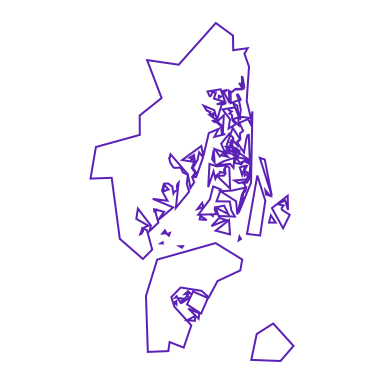 outline of Guayaquil, Guayas, Ecuador
{"feature_id": "8360857B75288721097085", "entity_name": "Guayaquil", "entity_type": "district", "adm_level": 2, "iso_a3": "ECU", "parent_name": "Ecuador", "parent_adm1": "Guayas", "projection": "natural_earth1", "projection_center": [-80.067, -2.513], "detail": "fine", "context": "isolated", "style": "outline", "palette": "violet", "viewbox_px": 384, "rotation_deg": 0, "n_neighbors": 0, "source": "geoboundaries", "source_scale": "gbopen_adm2", "svg_char_len": 6132}
<svg xmlns="http://www.w3.org/2000/svg" viewBox="0 0 384 384"><path d="M215.8,23.0L178.7,64.7L147.1,60.1L161.6,98.0L139.7,115.5L139.8,134.9L95.9,147.0L90.5,178.6L111.7,177.8L119.8,238.8L142.9,259.0L152.2,249.6L146.9,230.1L142.7,228.5L143.1,229.4L143.0,231.2L141.4,233.8L140.2,234.3L142.5,228.3L148.4,225.7L136.3,218.9L137.9,208.6L150.9,225.5L149.4,231.2L158.4,222.6L155.6,212.9L156.0,210.5L154.9,211.6L154.3,211.6L154.1,209.2L164.0,211.8L158.1,220.2L173.2,207.4L152.7,198.8L167.5,200.8L162.0,190.7L163.9,183.8L168.0,183.4L172.3,186.5L173.4,193.6L174.3,192.0L177.6,189.5L176.9,187.2L177.0,185.8L177.4,184.1L178.6,182.6L175.9,207.9L189.1,191.7L186.8,183.6L187.9,174.7L183.0,172.5L180.6,167.6L174.5,167.9L173.1,167.1L170.6,163.1L169.8,161.1L169.7,159.6L169.1,158.4L169.2,157.8L170.0,157.1L170.0,155.9L170.5,154.2L187.8,174.2L190.5,187.9L194.2,182.2L192.1,177.0L195.3,172.7L191.8,168.0L194.2,162.0L182.2,160.0L201.3,146.0L203.4,156.0L208.8,133.1L218.7,128.8L214.3,136.9L225.3,134.1L221.8,134.0L221.1,126.1L216.2,121.9L215.1,122.2L213.5,121.5L213.0,120.9L216.9,120.6L210.1,115.3L213.4,115.7L213.3,115.0L214.0,113.9L213.9,113.3L213.3,113.2L213.0,114.3L212.3,114.5L209.7,113.1L209.6,112.8L210.1,112.0L209.1,111.8L207.8,111.0L208.1,110.0L207.7,110.5L206.7,110.6L203.6,105.7L214.3,110.2L217.1,119.9L221.5,104.9L226.3,103.2L216.7,104.3L224.2,101.8L213.9,98.6L215.9,92.5L212.1,92.4L211.2,95.5L210.2,96.2L209.7,96.3L207.5,91.5L220.6,89.3L225.0,101.5L221.7,91.1L227.2,89.9L223.8,92.2L229.7,103.0L228.8,90.6L231.5,92.3L235.6,88.9L242.7,88.8L239.1,83.0L242.0,85.5L241.9,77.0L242.6,77.2L244.3,87.5L242.4,89.3L235.2,89.5L230.6,93.0L230.8,103.1L239.1,100.0L237.0,95.3L237.1,94.7L237.4,94.4L238.1,94.6L240.7,99.5L239.1,101.2L240.8,109.6L239.8,116.7L250.9,118.1L246.7,100.9L249.0,66.6L244.4,53.7L247.7,48.2L233.2,50.2L233.0,35.6L215.8,23.0ZM215.6,243.1L157.2,259.6L146.0,295.9L147.8,351.9L168.3,351.1L169.6,342.1L183.7,347.6L191.3,325.4L174.4,306.7L171.3,297.2L180.7,287.5L201.5,290.8L208.8,297.4L217.6,281.0L240.3,270.4L242.2,259.5L215.6,243.1ZM256.7,334.0L251.3,359.9L280.5,361.0L293.5,345.9L273.2,323.5L256.7,334.0ZM251.0,182.8L252.4,111.4L250.7,124.2L248.1,119.1L239.3,122.8L243.2,130.8L240.0,133.3L240.3,139.5L237.2,142.5L244.0,152.5L246.3,139.1L247.5,135.2L248.8,134.9L249.8,161.8L243.7,160.9L250.4,164.2L249.0,179.2L247.0,182.6L242.6,182.9L244.5,184.2L246.0,187.6L246.0,188.5L244.9,191.7L243.0,193.3L242.5,201.7L238.6,213.0L251.0,182.8ZM260.1,235.5L265.3,200.7L257.3,175.5L247.0,233.9L260.1,235.5ZM220.9,189.5L213.2,186.4L209.9,199.3L198.3,214.7L216.4,214.2L214.7,209.5L215.2,207.5L224.1,205.6L228.3,214.1L215.6,207.6L218.7,216.0L234.9,216.6L231.3,210.4L229.8,201.5L216.5,201.3L220.9,189.5ZM287.7,195.7L271.9,208.1L283.1,228.3L289.7,214.8L281.9,209.7L281.6,208.2L283.6,205.5L277.5,204.1L285.2,200.4L288.0,210.0L287.7,195.7ZM245.7,187.5L232.0,190.6L220.4,191.2L236.1,201.3L237.3,214.5L242.0,194.4L245.7,187.5ZM193.1,291.5L187.0,304.4L201.1,313.6L207.9,298.1L193.1,291.5ZM271.8,195.9L264.8,159.6L259.8,157.8L271.8,195.9ZM216.9,166.4L209.5,163.9L208.2,187.1L213.5,171.4L215.4,178.7L217.3,174.7L219.8,173.1L219.8,171.9L225.1,173.1L224.1,171.1L224.1,169.6L226.3,165.3L216.9,166.4ZM234.7,107.4L222.5,109.4L230.0,119.2L228.6,128.6L236.0,124.0L232.5,120.6L231.8,114.7L229.4,113.6L231.8,111.4L228.8,110.3L228.3,108.8L234.7,107.4ZM230.1,188.6L229.3,167.9L227.2,165.6L224.8,168.6L225.5,173.1L224.1,175.6L217.0,175.9L230.1,188.6ZM230.0,234.4L229.0,220.1L215.7,230.7L230.0,234.4ZM224.0,161.1L216.0,165.2L230.1,163.9L233.5,167.9L234.3,157.9L224.0,161.1ZM196.1,177.1L203.1,157.3L199.1,152.3L197.6,159.7L192.9,168.0L196.1,172.4L193.2,177.0L196.1,177.1ZM240.0,139.2L232.8,127.8L230.2,135.4L232.4,136.8L233.3,138.5L231.5,140.4L233.1,140.5L237.4,145.5L237.1,141.8L240.0,139.2ZM223.8,115.2L217.2,121.6L222.0,125.9L222.8,133.7L223.8,115.2ZM239.8,167.4L242.1,175.0L245.0,166.7L246.9,165.4L239.8,167.4ZM219.2,217.9L211.5,226.1L226.3,220.1L219.2,217.9ZM227.2,143.5L229.9,136.2L229.1,133.8L221.2,143.7L224.3,150.9L227.3,151.2L226.3,147.5L227.2,143.5ZM223.9,152.4L215.0,149.1L219.8,156.5L223.9,152.4ZM246.9,181.2L248.0,174.2L247.0,179.3L234.5,180.5L238.9,183.2L246.9,181.2ZM195.0,316.1L187.0,320.3L194.9,320.8L195.0,316.1ZM237.2,105.6L233.2,103.2L238.9,116.7L237.2,105.6ZM199.3,313.4L188.3,308.5L198.6,318.7L199.3,313.4ZM206.7,220.0L200.4,215.8L199.6,219.4L206.7,220.0ZM269.0,222.6L275.7,222.6L270.9,215.4L269.0,222.6ZM248.9,159.8L239.6,153.2L237.3,157.2L248.9,159.8ZM238.3,117.3L232.8,119.4L238.6,125.3L238.3,117.3ZM181.2,303.4L189.0,297.9L187.6,295.1L181.2,303.4ZM168.5,189.5L164.0,184.7L163.4,191.4L168.5,189.5ZM183.4,298.6L177.7,298.1L180.5,302.7L183.4,298.6ZM225.7,153.1L230.7,153.5L229.9,152.3L229.5,149.8L225.7,153.1ZM235.1,153.9L231.8,147.4L226.5,147.0L235.1,153.9ZM203.3,207.1L202.2,202.8L197.4,209.1L203.3,207.1ZM240.5,164.1L236.4,157.7L234.5,162.9L240.5,164.1ZM194.9,161.8L194.0,155.0L189.7,157.7L193.0,158.1L194.9,161.8ZM214.6,162.5L213.7,149.6L212.1,159.2L214.6,162.5ZM266.0,194.4L270.0,195.8L265.4,190.2L266.0,194.4ZM248.3,173.1L244.5,170.7L244.7,175.6L248.3,173.1ZM188.0,291.1L184.8,294.1L190.4,293.4L188.0,291.1ZM166.5,233.1L164.9,230.4L162.4,233.6L166.5,233.1ZM237.8,149.2L234.1,147.5L234.6,149.4L237.8,149.2ZM223.5,155.8L227.9,156.8L225.5,154.1L223.5,155.8ZM167.1,234.2L168.9,235.7L169.9,233.0L167.1,234.2ZM233.2,146.7L230.5,144.6L229.4,145.9L233.2,146.7ZM235.9,157.0L236.6,153.2L236.0,154.5L232.6,154.4L235.9,157.0ZM233.0,141.2L230.1,142.7L232.3,144.2L233.0,141.2ZM244.9,169.7L246.7,166.3L245.3,166.9L244.9,169.7ZM179.4,246.3L182.0,247.7L182.9,246.1L179.4,246.3ZM238.7,240.3L240.9,239.0L239.5,236.6L238.7,240.3ZM238.5,118.4L241.0,119.1L238.9,117.3L238.5,118.4ZM176.4,304.5L176.3,301.1L174.2,302.5L176.4,304.5ZM236.5,152.7L237.8,150.3L235.2,150.2L236.5,152.7ZM241.7,163.7L243.6,161.4L241.6,162.0L241.7,163.7ZM218.8,97.9L221.0,96.6L218.9,95.8L218.8,97.9ZM191.2,160.1L193.1,158.9L191.1,158.4L191.2,160.1ZM175.3,297.6L176.7,297.2L177.1,295.6L175.3,297.6ZM211.0,215.0L212.8,215.9L212.7,215.1L211.0,215.0ZM237.5,152.8L239.4,152.9L239.4,151.1L237.5,152.8ZM160.8,243.4L162.8,243.5L162.6,242.3L160.8,243.4Z" fill="none" stroke="#5b21b6" stroke-width="2"/></svg>